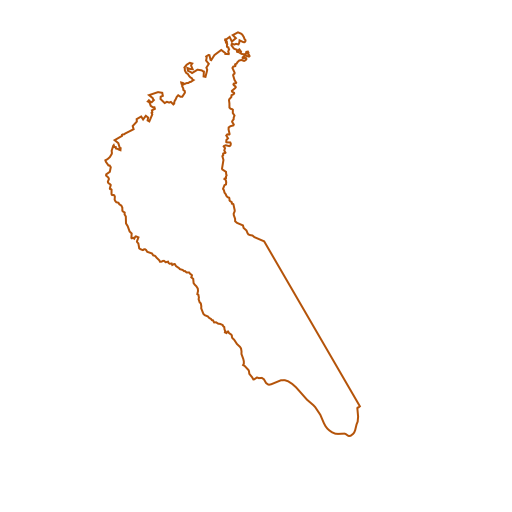 Mironó, Ngöbe Buglé, Panama, rotated 150°
{"feature_id": "35544464B14615778162617", "entity_name": "Mironó", "entity_type": "district", "adm_level": 2, "iso_a3": "PAN", "parent_name": "Panama", "parent_adm1": "Ngöbe Buglé", "projection": "natural_earth1", "projection_center": [-81.895, 8.486], "detail": "fine", "context": "isolated", "style": "outline", "palette": "amber", "viewbox_px": 512, "rotation_deg": 150, "n_neighbors": 0, "source": "geoboundaries", "source_scale": "gbopen_adm2", "svg_char_len": 6141}
<svg xmlns="http://www.w3.org/2000/svg" viewBox="0 0 512 512"><g transform="rotate(150 256 256)"><path d="M323.8,423.1L324.6,422.8L328.4,419.3L329.3,417.2L330.1,416.4L333.2,414.7L336.2,414.1L338.6,414.2L338.9,412.6L338.5,408.2L337.5,407.6L337.4,405.5L340.5,402.0L344.9,401.6L345.6,400.6L344.7,398.0L344.7,396.8L345.1,396.0L347.0,394.6L347.4,393.7L347.3,392.7L346.5,391.2L346.3,390.1L348.8,387.6L348.9,386.9L348.1,386.4L347.9,385.7L350.1,382.0L350.3,381.1L350.1,380.7L348.8,380.0L348.4,379.4L348.6,377.9L350.2,375.6L350.4,374.2L350.1,372.4L348.5,370.9L348.5,369.1L347.4,367.0L347.6,364.7L349.1,362.0L349.0,361.2L348.0,359.3L349.0,357.8L349.0,355.3L352.3,349.2L352.2,346.0L353.2,340.4L352.4,337.7L354.9,334.0L354.7,333.4L353.3,333.2L352.8,331.9L350.8,333.1L350.2,333.1L348.5,330.9L351.8,328.2L352.0,327.3L351.6,325.7L353.3,321.0L352.8,319.9L351.2,317.8L350.7,317.6L349.7,317.8L348.8,317.4L348.2,316.2L348.1,314.0L344.8,310.2L344.7,307.9L343.6,306.9L343.2,306.0L343.0,304.4L341.9,300.6L342.0,299.0L340.6,298.3L339.1,298.3L338.1,297.8L337.3,295.7L335.0,295.1L335.2,293.6L334.6,292.4L332.8,291.7L333.0,290.1L331.0,290.0L330.4,289.7L330.3,287.2L328.7,283.9L328.5,282.7L326.5,280.6L325.9,278.9L325.0,278.4L324.4,276.5L322.1,275.1L322.0,273.6L321.1,271.7L321.3,271.0L322.7,269.9L321.8,267.6L323.6,263.7L323.4,261.8L322.8,259.6L322.7,256.9L323.7,254.7L325.9,252.3L325.3,251.2L326.2,248.6L327.3,247.3L328.0,243.9L327.6,243.3L327.6,242.2L328.5,239.8L329.6,238.1L330.5,232.2L330.0,230.4L327.9,227.7L327.6,226.0L326.4,223.8L326.3,222.5L325.4,221.8L325.5,219.4L323.7,218.5L322.6,216.3L321.0,215.1L319.4,212.9L319.5,211.5L319.0,210.4L320.0,208.1L320.2,206.4L321.1,205.4L320.1,204.0L318.6,204.8L317.9,204.6L317.9,202.7L316.7,200.2L316.7,199.2L317.3,198.0L317.5,196.7L316.8,194.5L316.5,189.3L315.3,185.3L315.2,183.4L316.2,180.7L317.6,178.4L318.5,173.2L319.2,170.9L320.4,168.8L321.7,168.0L320.8,166.5L319.5,160.8L319.7,159.7L320.7,157.3L320.0,152.9L320.0,150.4L319.4,150.1L315.9,150.3L314.6,148.8L311.9,147.5L310.8,145.3L310.8,141.0L309.9,138.9L309.1,138.0L306.9,137.3L296.5,135.9L293.1,134.0L290.8,131.4L288.6,127.1L287.0,122.3L283.7,106.1L280.9,98.1L280.3,95.5L279.7,86.3L280.8,77.2L280.9,73.8L280.5,70.8L279.7,68.3L278.3,65.3L276.2,62.5L273.9,60.9L268.3,58.0L267.4,57.1L266.1,54.3L265.5,53.6L263.9,53.0L260.9,53.4L259.3,54.0L257.3,55.5L253.1,59.9L250.8,61.7L247.9,65.8L244.3,73.6L243.8,73.9L242.9,73.6L241.2,73.9L241.6,264.6L248.0,273.2L248.8,275.5L250.8,277.2L251.8,278.5L251.9,280.0L251.5,282.9L252.7,286.5L252.0,289.0L255.9,294.2L256.7,296.5L255.5,298.7L254.8,302.5L254.2,303.8L252.1,305.4L251.6,306.2L249.7,312.1L249.8,312.5L250.7,313.4L250.1,314.7L251.1,316.8L251.1,317.5L250.5,318.5L250.1,319.9L251.2,321.1L251.6,323.2L251.3,324.4L251.6,326.6L250.9,329.0L251.0,330.6L247.9,333.1L246.2,333.0L244.9,334.8L244.3,336.5L244.3,337.4L244.9,338.5L244.5,338.8L243.0,338.5L242.3,339.8L241.1,340.6L240.9,341.8L239.9,343.9L241.9,347.8L241.8,348.6L236.2,355.4L235.2,359.3L234.0,359.7L233.5,360.9L232.9,361.2L231.2,360.6L230.8,360.7L230.7,363.3L228.9,364.9L229.2,367.1L228.7,367.3L226.8,367.0L224.2,364.5L223.3,364.4L222.5,364.8L221.7,365.8L221.5,367.2L224.6,369.1L224.8,369.6L223.6,371.3L221.4,371.9L221.5,375.2L220.0,375.7L218.5,374.6L217.9,374.8L216.5,379.3L215.4,381.0L213.2,381.2L210.3,380.4L209.5,381.0L209.6,384.2L208.6,385.0L207.1,385.5L206.1,387.0L204.4,388.4L204.6,391.4L202.9,394.3L203.4,395.3L204.4,396.2L204.8,397.8L202.7,401.5L201.5,404.4L200.8,405.1L197.9,406.0L196.8,407.5L194.7,407.3L193.7,407.6L193.4,408.3L194.6,410.4L194.3,411.1L190.2,411.8L189.1,412.3L189.0,413.1L189.8,415.0L189.8,415.8L189.1,416.4L187.0,415.7L186.5,416.0L186.6,419.2L185.5,423.8L184.9,424.5L183.4,424.7L182.9,425.4L182.4,430.6L181.0,431.4L179.0,430.8L178.6,431.1L178.3,432.4L176.6,432.3L175.2,433.1L172.8,433.7L170.6,433.0L168.8,430.9L167.1,430.8L165.8,431.4L165.7,432.4L166.3,433.0L168.4,433.7L168.6,434.2L168.2,434.7L165.8,435.1L164.8,434.7L162.4,432.2L161.6,432.4L161.5,433.7L162.0,435.6L161.7,435.9L160.9,435.9L160.8,437.1L162.3,437.6L163.9,436.0L165.9,436.9L167.2,438.0L168.1,439.3L166.8,440.4L167.1,443.3L167.7,443.2L169.2,441.2L170.3,442.3L169.5,444.3L171.1,446.1L171.5,446.9L171.9,450.7L170.9,451.9L171.0,452.5L169.2,450.0L167.2,449.7L165.4,448.0L163.9,449.0L162.4,451.0L160.1,447.6L159.1,446.9L158.4,447.0L157.6,447.5L157.2,448.2L157.5,449.6L157.1,451.6L157.2,454.6L157.8,456.1L159.8,458.7L165.7,458.9L164.5,454.7L169.7,453.8L169.3,458.9L172.9,458.5L174.4,459.0L174.9,458.3L174.7,457.3L175.0,456.6L174.1,456.9L174.2,455.8L174.6,455.3L175.0,453.8L175.5,453.6L176.5,451.7L175.6,450.5L176.1,449.3L175.9,448.5L177.8,447.0L178.3,444.9L178.7,444.5L181.5,446.3L181.1,447.0L183.1,451.8L191.5,450.8L196.9,448.0L197.3,448.6L195.9,453.2L196.5,453.8L199.4,453.7L199.5,452.5L201.5,450.2L200.8,446.0L204.8,443.9L205.1,441.8L205.8,440.9L210.2,436.4L211.6,437.7L208.9,441.8L209.6,442.6L210.2,443.9L213.5,446.6L219.9,446.4L220.5,447.8L222.3,450.4L221.4,453.1L219.6,450.9L217.5,449.5L217.0,453.3L216.4,454.0L215.0,454.6L216.7,456.4L220.4,456.3L223.8,455.0L223.9,453.9L224.7,452.6L224.9,451.5L224.9,449.4L224.0,447.7L223.9,445.1L223.5,443.4L222.7,442.1L222.7,440.4L222.2,439.6L225.5,439.4L226.2,439.8L228.2,439.7L229.8,440.5L231.4,440.6L232.0,440.9L232.8,442.4L234.0,443.6L234.4,442.4L233.8,441.7L233.6,440.8L234.6,440.8L235.1,439.8L235.2,437.5L235.9,436.2L235.2,434.5L235.9,433.0L240.2,430.8L241.8,431.7L243.0,434.1L245.1,433.4L247.7,431.5L248.5,431.3L250.3,429.6L250.6,428.9L251.8,428.6L252.7,432.0L254.5,432.3L256.1,434.1L258.6,434.1L260.2,439.7L258.9,441.6L256.6,441.3L255.6,444.2L258.9,446.9L268.2,448.8L266.5,444.4L266.7,443.1L266.5,442.1L269.5,441.3L270.4,442.4L270.9,444.4L272.4,443.9L271.8,443.0L271.5,441.8L272.1,438.7L271.0,436.4L269.6,435.6L270.0,434.0L273.3,434.2L274.0,432.2L274.9,432.1L275.0,430.5L281.1,425.9L282.1,427.6L280.2,429.8L281.3,432.5L285.5,430.7L285.7,434.2L290.9,434.2L292.0,432.0L297.8,430.2L298.6,427.0L308.2,427.5L309.4,427.3L310.6,427.9L311.5,427.9L312.0,427.0L320.5,427.0L318.8,422.6L319.9,417.9L319.3,417.1L320.5,415.4L321.8,417.0L321.8,417.4L323.5,419.1L323.0,420.5L324.2,421.1L323.8,423.1Z" fill="none" stroke="#b45309" stroke-width="2"/></g></svg>